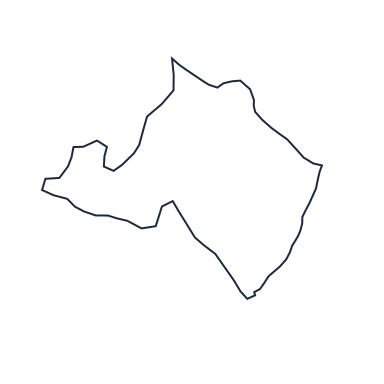 Trypimeni, Cyprus, rotated 55°
{"feature_id": "46923920B43934732420538", "entity_name": "Trypimeni", "entity_type": "district", "adm_level": 2, "iso_a3": "CYP", "parent_name": "Cyprus", "parent_adm1": "", "projection": "natural_earth1", "projection_center": [33.639, 35.301], "detail": "fine", "context": "isolated", "style": "outline", "palette": "slate", "viewbox_px": 384, "rotation_deg": 55, "n_neighbors": 0, "source": "geoboundaries", "source_scale": "gbopen_adm2", "svg_char_len": 1188}
<svg xmlns="http://www.w3.org/2000/svg" viewBox="0 0 384 384"><g transform="rotate(55 192 192)"><path d="M71.2,131.8L85.4,139.7L98.1,148.8L102.6,166.2L104.4,185.5L112.5,195.5L123.3,208.4L127.0,217.5L129.7,234.0L129.7,244.1L120.6,249.6L112.5,243.2L106.2,235.8L95.3,240.4L92.6,255.1L87.2,263.3L94.4,270.7L99.9,278.9L104.4,292.6L97.1,304.5L104.4,313.7L115.2,307.3L126.1,298.1L136.9,296.3L145.9,291.7L155.9,284.4L163.1,274.3L170.3,268.8L178.5,261.5L192.9,254.2L199.2,241.3L186.6,224.9L188.4,213.0L199.2,213.9L215.5,214.8L230.9,215.7L241.7,213.0L256.2,208.4L267.9,208.4L277.8,208.4L288.7,208.4L301.3,209.3L311.2,208.0L312.8,199.6L309.7,198.4L310.5,192.0L307.9,184.9L304.9,177.4L304.2,169.9L303.4,162.4L301.2,153.4L297.5,146.3L293.4,140.7L291.2,135.4L288.6,129.8L285.7,125.3L280.9,119.7L275.7,115.9L272.4,109.9L268.6,102.4L264.6,95.7L260.1,88.2L256.4,84.4L251.6,79.2L248.3,75.4L244.8,70.3L244.3,70.7L238.3,76.2L227.9,80.8L217.5,82.0L203.6,83.8L193.8,87.3L185.1,90.2L173.0,93.1L162.6,94.3L156.8,92.0L152.2,88.5L141.2,85.5L128.5,88.5L124.4,95.5L121.0,103.7L121.0,111.3L114.0,116.6L107.1,119.5L99.6,122.4L87.4,127.1L80.5,129.5L71.2,131.8Z" fill="none" stroke="#1e293b" stroke-width="2"/></g></svg>